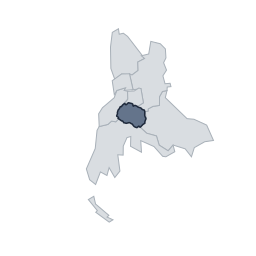 North Macedonia highlighted, Mercator projection, rotated 40°
{"feature_id": "MKD", "entity_name": "North Macedonia", "entity_type": "country or territory", "adm_level": 0, "iso_a3": "MKD", "parent_name": "Europe", "parent_adm1": "", "projection": "mercator", "projection_center": [21.64, 41.604], "detail": "fine", "context": "with_neighbors", "style": "filled", "palette": "slate", "viewbox_px": 256, "rotation_deg": 40, "n_neighbors": 7, "source": "natural_earth", "source_scale": "50m", "svg_char_len": 3316}
<svg xmlns="http://www.w3.org/2000/svg" viewBox="0 0 256 256"><g transform="rotate(40 128 128)"><path d="M133.8,74.2L137.1,80.8L167.2,82.9L172.9,78.9L186.4,75.2L201.5,82.6L195.6,89.2L191.4,100.4L195.1,109.3L185.2,107.2L173.5,112.1L173.4,119.7L162.9,121.1L154.9,115.8L145.7,120.0L137.2,119.6L136.4,109.4L130.6,104.4L132.5,102.2L131.2,100.4L133.2,95.4L137.6,90.5L132.0,83.7L130.9,77.9L133.8,74.2Z" fill="#d9dde1" stroke="#a8b0b8" stroke-width="1"/><path d="M175.5,208.0L174.1,212.2L157.5,213.3L157.6,211.0L143.6,208.3L145.7,202.3L152.0,207.1L169.5,207.2L169.2,209.7L175.5,208.0ZM137.2,119.6L145.7,120.0L154.9,115.8L162.9,121.1L173.4,119.7L173.5,112.1L179.1,116.1L175.5,125.7L172.8,127.4L159.8,125.5L145.9,129.5L153.9,137.9L141.7,140.4L135.6,132.7L133.4,136.0L136.0,144.9L141.7,151.9L137.4,155.1L149.5,166.2L149.7,174.4L139.0,170.5L142.4,177.9L135.1,179.4L139.5,192.1L131.9,192.3L122.4,186.1L116.1,164.8L105.8,149.7L105.0,145.4L110.3,138.2L111.0,133.3L114.7,131.1L115.0,127.1L122.5,125.8L126.9,122.4L133.1,122.7L137.2,119.6Z" fill="#d9dde1" stroke="#a8b0b8" stroke-width="1"/><path d="M115.0,127.1L114.7,131.1L111.0,133.3L110.3,138.2L105.0,145.4L96.4,136.0L95.4,128.9L98.0,113.7L95.3,106.4L100.3,98.7L101.0,101.6L104.1,100.2L109.3,106.0L108.6,116.8L110.2,123.4L115.0,127.1Z" fill="#d9dde1" stroke="#a8b0b8" stroke-width="1"/><path d="M86.7,99.3L76.6,93.4L62.6,77.3L54.5,64.8L56.9,58.1L61.0,61.8L63.5,58.4L68.8,58.1L96.0,64.1L93.1,71.2L98.7,77.4L97.0,84.8L88.4,90.7L86.7,99.3Z" fill="#d9dde1" stroke="#a8b0b8" stroke-width="1"/><path d="M89.8,47.0L98.6,42.7L105.8,43.4L112.0,49.9L113.3,55.1L120.3,58.9L121.2,65.6L127.9,70.3L131.5,66.7L134.3,68.7L131.7,71.4L133.8,74.2L130.9,77.9L132.0,83.7L137.6,90.5L133.2,95.4L131.2,100.4L132.5,102.2L130.6,104.4L121.4,105.6L123.6,98.8L112.6,89.5L106.2,96.7L107.2,95.4L94.3,85.5L97.0,84.8L98.7,77.4L93.1,71.2L96.0,64.1L91.8,64.1L96.3,58.0L89.8,47.0Z" fill="#d9dde1" stroke="#a8b0b8" stroke-width="1"/><path d="M107.2,95.4L101.0,101.6L100.3,98.7L95.3,106.4L96.1,111.3L85.5,101.9L88.4,90.7L94.3,85.5L107.2,95.4Z" fill="#d9dde1" stroke="#a8b0b8" stroke-width="1"/><path d="M110.0,111.6L109.3,106.0L104.1,100.2L109.0,95.6L110.6,90.4L112.6,89.5L123.6,98.8L121.4,105.6L112.0,108.6L111.5,111.7L110.0,111.6Z" fill="#d9dde1" stroke="#a8b0b8" stroke-width="1"/><path d="M121.2,105.5L121.8,105.6L123.2,105.2L124.1,104.7L124.5,104.6L125.1,104.4L126.0,104.4L126.8,104.7L127.9,104.3L129.0,103.8L129.4,104.0L129.9,104.4L130.2,104.5L132.0,106.8L132.9,107.8L134.1,108.5L135.4,109.0L135.8,109.5L136.7,111.9L137.1,112.8L137.6,113.1L137.8,113.4L137.8,113.7L137.2,115.5L136.9,119.3L136.7,119.6L136.1,119.6L135.2,119.6L134.9,119.9L134.6,122.0L133.2,122.6L131.9,122.9L130.8,122.8L129.0,122.3L128.3,122.3L127.8,122.6L126.2,122.7L125.4,123.1L123.7,125.5L122.0,126.3L121.4,126.7L120.0,126.2L119.4,126.1L118.5,126.7L116.4,126.8L115.9,126.9L114.3,127.0L114.3,126.7L114.0,126.2L113.3,126.0L111.8,126.2L111.4,125.8L110.8,123.8L110.3,123.4L109.8,122.8L108.9,120.6L108.9,119.6L108.9,118.7L108.4,116.7L108.7,116.2L109.2,115.9L109.2,115.1L109.1,113.9L109.6,111.5L109.8,111.3L111.2,111.6L111.6,111.3L111.8,110.9L111.9,109.1L112.2,108.3L115.4,106.7L116.4,106.7L117.1,107.4L117.7,107.8L118.0,107.8L118.2,107.4L118.6,106.5L119.2,106.0L121.2,105.5L121.2,105.5Z" fill="#64748b" stroke="#1e293b" stroke-width="1.5"/></g></svg>